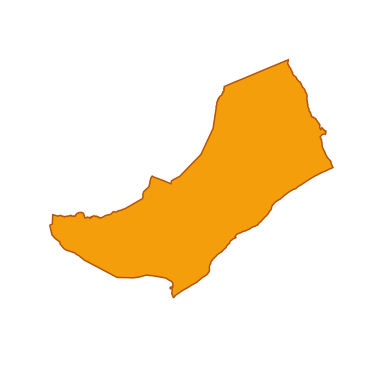 outline of Ningo/prampram, Greater Accra, Ghana, rotated 341°
{"feature_id": "2480657B81968156308620", "entity_name": "Ningo/prampram", "entity_type": "district", "adm_level": 2, "iso_a3": "GHA", "parent_name": "Ghana", "parent_adm1": "Greater Accra", "projection": "robinson", "projection_center": [0.183, 5.814], "detail": "fine", "context": "isolated", "style": "filled", "palette": "amber", "viewbox_px": 384, "rotation_deg": 341, "n_neighbors": 0, "source": "geoboundaries", "source_scale": "gbopen_adm2", "svg_char_len": 5986}
<svg xmlns="http://www.w3.org/2000/svg" viewBox="0 0 384 384"><g transform="rotate(341 192 192)"><path d="M52.9,168.1L49.6,176.7L46.7,177.2L45.7,186.5L45.6,186.8L47.4,191.2L50.7,196.2L50.4,198.4L52.4,203.7L54.5,206.3L57.2,208.2L61.3,211.4L62.5,213.4L64.3,215.3L67.8,221.1L93.4,248.4L108.7,254.1L113.6,255.1L118.4,255.5L121.7,255.7L128.2,258.7L131.2,260.3L138.3,264.3L139.1,264.8L139.7,265.4L142.2,268.6L143.0,269.1L143.5,269.7L144.0,271.6L144.1,272.3L143.4,274.3L143.2,274.7L143.2,275.2L142.9,275.7L142.1,275.4L141.5,275.6L141.2,275.6L140.9,275.4L141.0,275.0L140.2,275.3L140.0,275.9L139.9,276.2L140.0,276.5L141.1,276.5L141.4,276.4L141.7,276.5L141.7,277.1L141.5,278.0L140.3,280.4L139.8,281.7L139.9,281.9L139.8,282.2L139.9,283.0L140.0,283.2L139.9,283.6L140.0,285.7L141.0,285.6L141.6,285.1L142.3,284.6L144.2,283.9L146.9,283.2L147.7,282.8L149.0,282.6L150.1,282.2L152.0,281.9L153.0,281.6L157.1,281.0L161.4,279.9L163.2,279.6L163.7,279.4L165.2,279.3L166.6,278.9L167.3,278.9L168.2,278.4L170.0,277.7L171.0,277.4L171.8,277.0L172.4,276.9L174.1,276.1L176.9,275.7L178.9,275.0L179.9,274.6L180.2,274.2L180.5,274.1L180.6,273.9L180.9,273.9L181.1,273.6L181.8,273.3L182.5,272.6L183.1,271.6L183.4,270.5L183.7,269.3L183.8,269.0L184.1,268.2L184.6,267.7L184.9,267.1L185.3,266.6L186.1,266.1L186.5,265.5L186.5,265.2L186.7,264.8L187.3,264.2L188.4,263.4L189.5,262.9L189.9,262.2L190.2,262.0L191.4,261.7L191.9,261.5L192.7,260.9L193.5,260.7L194.4,260.2L194.7,259.8L195.4,259.6L195.9,259.5L196.4,259.2L196.8,259.1L197.2,258.9L199.0,258.5L200.1,258.4L200.6,258.0L201.1,258.0L202.2,257.2L203.0,256.9L204.8,256.1L205.6,255.9L206.4,255.2L207.6,254.0L208.4,253.7L209.0,253.2L210.1,253.0L210.9,252.5L211.3,251.9L212.4,250.8L212.6,250.6L213.8,250.4L214.5,250.2L214.9,249.9L215.2,249.8L218.4,249.5L218.7,249.4L218.8,249.3L218.7,249.1L218.4,249.0L218.2,248.2L220.1,246.8L221.0,246.5L222.1,246.4L223.4,246.3L224.7,246.4L226.8,246.0L228.9,246.0L230.0,246.2L231.4,245.9L233.6,245.8L234.9,245.5L235.6,245.4L237.7,244.8L239.3,244.8L240.3,245.0L242.0,244.6L243.2,244.6L243.4,244.5L244.4,244.0L244.6,243.4L245.1,243.1L245.9,243.0L246.2,242.7L247.8,242.3L248.9,241.5L250.0,240.9L251.3,240.4L252.1,239.6L253.6,239.1L254.9,238.6L255.4,238.2L257.3,237.1L258.9,235.5L259.4,235.3L259.6,235.1L260.0,235.1L260.9,234.4L261.7,233.5L262.0,232.8L262.7,231.8L263.9,230.6L264.2,230.4L265.0,230.2L265.9,229.4L266.3,229.1L268.6,228.3L272.2,227.5L273.6,227.3L274.4,226.8L276.1,226.2L277.5,225.5L279.1,225.0L280.2,224.8L281.4,224.2L282.5,223.9L285.3,223.1L286.2,223.1L288.0,222.6L288.9,222.5L290.9,222.6L291.4,222.5L293.0,221.7L294.4,221.3L294.9,221.2L295.5,221.1L298.6,220.5L300.7,219.9L301.3,219.8L302.3,219.4L307.9,218.0L313.6,216.9L317.8,216.3L320.5,215.9L325.9,215.5L330.1,215.0L332.2,214.9L333.3,214.7L332.9,211.8L332.8,209.9L333.1,209.5L333.2,209.1L333.2,208.8L333.1,207.9L331.2,203.3L330.6,199.4L330.6,196.7L330.2,195.2L330.0,193.8L329.9,191.9L330.0,191.3L331.0,187.0L331.1,185.8L331.5,184.6L331.0,182.5L331.1,181.9L331.1,181.6L334.1,180.0L336.3,180.3L336.9,180.9L337.2,180.4L338.0,179.2L338.4,178.5L338.4,177.8L337.7,177.5L337.4,176.8L337.2,176.8L336.9,176.1L336.7,176.1L336.3,174.3L335.7,173.6L335.6,173.9L334.0,174.8L333.7,173.7L333.7,173.2L334.0,172.0L334.8,169.8L334.8,169.6L334.4,169.3L334.5,169.0L334.4,168.8L334.5,168.6L334.1,168.1L333.6,165.9L333.3,165.5L333.1,165.2L333.1,164.4L333.0,163.4L332.5,163.1L332.5,162.5L332.4,162.3L331.7,161.9L331.5,161.3L331.0,160.7L330.3,160.5L330.0,160.2L329.9,159.4L329.9,158.9L329.7,158.7L329.6,158.3L329.6,158.0L329.9,156.9L329.8,156.0L329.8,155.3L329.6,155.0L329.7,154.7L329.3,154.3L329.2,154.0L329.4,151.8L329.6,151.6L329.4,149.8L329.5,147.8L329.6,147.6L330.0,147.4L330.1,145.2L330.3,144.9L330.5,143.8L330.5,143.4L330.7,143.0L330.9,141.3L331.0,140.9L331.9,139.3L332.4,137.0L331.8,133.6L332.0,132.8L331.9,131.9L331.8,131.6L331.8,131.3L330.7,128.8L330.4,126.7L330.5,125.0L330.0,123.8L330.0,123.4L329.8,122.9L329.4,122.6L328.9,122.0L328.8,121.5L328.5,121.1L328.2,119.9L328.0,119.5L327.8,119.4L327.8,119.2L328.0,118.2L327.8,117.7L327.7,117.2L327.2,116.3L326.9,115.8L326.3,115.3L326.0,114.6L325.6,113.0L326.0,111.8L325.7,111.1L325.7,110.8L325.6,110.6L325.7,110.2L325.7,109.8L325.4,109.1L325.3,108.6L325.3,108.2L325.6,107.3L325.5,107.0L325.2,106.8L324.8,105.5L324.5,103.3L324.3,102.5L324.2,102.1L324.3,101.8L326.2,98.3L288.5,100.7L275.5,101.6L269.1,101.9L256.8,102.8L256.4,104.0L255.7,104.7L255.6,105.0L255.7,105.3L255.5,105.5L255.4,106.4L254.6,107.2L254.0,107.3L253.8,107.6L253.6,107.6L253.3,108.4L252.9,108.6L252.5,109.2L252.2,109.2L252.0,109.7L251.5,110.1L249.4,110.8L248.6,111.3L248.1,111.8L247.8,112.3L247.5,112.1L247.4,112.3L247.4,112.7L247.0,112.7L246.9,112.9L246.6,113.0L246.0,113.7L246.0,114.0L245.8,114.2L245.7,114.5L245.3,115.0L245.1,114.9L244.8,115.2L244.5,115.9L243.5,118.0L242.4,119.3L242.6,119.7L232.6,138.8L212.7,159.4L185.5,173.2L176.4,174.6L174.8,177.4L168.2,171.5L161.5,166.1L159.5,164.0L157.5,165.5L153.1,172.9L146.4,176.0L144.8,178.1L144.0,180.9L143.1,182.1L131.2,184.4L123.2,186.0L120.1,185.9L119.5,186.3L118.3,186.0L116.3,185.8L113.8,186.3L111.1,185.0L110.5,185.2L109.4,185.9L109.0,186.0L107.9,186.6L104.8,186.3L102.2,186.1L98.9,186.8L96.6,186.6L96.1,186.4L95.9,186.2L95.9,185.5L95.6,185.2L94.7,184.8L94.4,184.5L94.2,184.0L93.9,183.8L93.6,184.0L93.3,183.8L92.9,183.9L92.4,183.1L92.0,182.8L91.6,182.9L91.3,182.7L90.4,182.5L89.8,182.7L89.7,183.0L89.4,183.1L89.1,182.7L88.7,182.5L88.6,183.0L88.2,183.0L87.5,183.1L87.7,183.4L87.7,183.6L87.0,183.6L86.8,182.9L85.0,181.7L82.4,181.7L82.3,180.0L82.5,177.0L80.9,175.3L78.6,174.7L76.2,174.9L74.4,176.0L73.6,176.9L72.9,176.4L72.5,176.6L71.7,175.9L71.1,176.0L70.9,175.8L70.4,175.7L70.3,175.1L69.9,174.6L69.5,174.5L68.5,174.8L67.8,174.5L66.7,174.6L66.3,174.2L65.7,174.1L64.5,174.1L64.1,173.9L63.5,174.1L62.8,173.3L62.2,173.1L61.6,172.5L61.2,172.5L60.4,171.6L59.7,171.2L59.3,171.3L58.8,171.0L58.1,171.2L57.0,171.1L56.4,170.4L55.3,169.7L55.0,169.4L54.3,169.2L53.2,168.1L52.9,168.1Z" fill="#f59e0b" stroke="#b45309" stroke-width="1.5"/></g></svg>